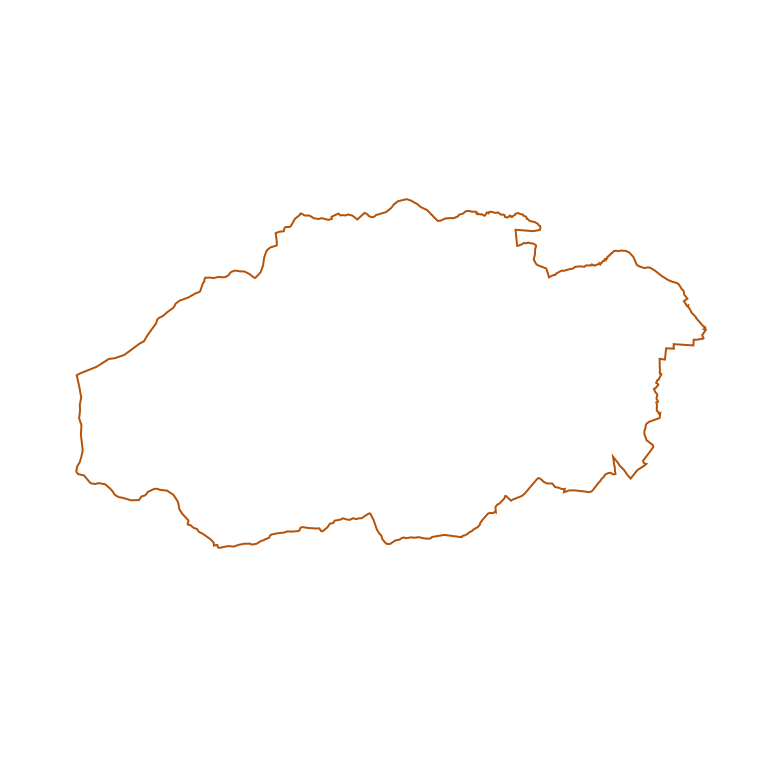 outline of Rasca, Suceava, Romania, rotated 13°
{"feature_id": "2599482B72754053923518", "entity_name": "Rasca", "entity_type": "district", "adm_level": 2, "iso_a3": "ROU", "parent_name": "Romania", "parent_adm1": "Suceava", "projection": "orthographic", "projection_center": [26.151, 47.341], "detail": "fine", "context": "isolated", "style": "outline", "palette": "amber", "viewbox_px": 768, "rotation_deg": 13, "n_neighbors": 0, "source": "geoboundaries", "source_scale": "gbopen_adm2", "svg_char_len": 6157}
<svg xmlns="http://www.w3.org/2000/svg" viewBox="0 0 768 768"><g transform="rotate(13 384 384)"><path d="M291.3,570.2L295.7,568.4L299.8,564.3L301.7,563.5L303.6,561.7L305.9,560.3L306.6,559.7L307.1,557.1L308.7,555.7L314.1,553.3L320.1,551.2L322.9,549.4L327.2,548.6L333.6,546.6L334.6,545.5L335.0,542.9L336.4,541.8L342.6,541.3L350.3,540.1L353.4,539.2L355.8,541.4L357.2,541.4L361.1,536.4L362.7,532.3L365.9,530.8L366.6,528.3L372.1,525.9L374.3,524.1L377.5,524.4L381.1,524.1L384.2,521.7L387.2,522.0L390.0,520.4L392.3,519.9L397.8,514.1L398.8,513.4L399.7,513.3L404.5,518.9L409.9,527.6L413.3,530.9L415.6,532.4L416.7,534.7L418.0,536.1L420.7,538.2L422.8,539.2L425.9,538.5L430.1,534.0L434.3,532.0L436.2,529.9L437.8,529.1L440.2,529.3L444.7,527.4L447.9,527.0L452.5,525.4L457.7,525.4L462.4,524.7L464.2,523.8L465.3,522.2L476.7,517.5L494.0,515.8L494.6,515.2L494.7,514.2L496.2,513.7L498.9,511.5L500.8,509.0L502.7,507.6L503.6,506.0L507.6,502.2L509.1,499.5L509.0,497.9L510.1,495.1L514.5,486.8L516.1,485.8L519.3,485.3L520.9,483.5L521.8,483.9L520.3,478.8L521.5,476.0L523.2,474.8L526.4,469.6L527.0,468.2L527.3,465.8L528.5,465.9L534.0,469.1L535.1,467.9L543.6,462.0L545.9,458.9L554.5,442.2L555.8,440.9L557.4,441.0L561.9,443.5L565.3,444.2L570.5,443.1L573.8,445.9L578.2,445.8L580.6,446.3L582.4,446.2L583.7,445.6L583.7,449.0L588.4,446.0L594.2,444.7L605.7,443.4L607.3,443.5L610.3,442.1L611.3,440.6L615.5,431.5L616.3,430.4L617.3,427.8L619.0,425.1L619.9,422.6L620.6,421.8L622.8,420.2L625.0,419.5L627.6,420.6L629.8,419.6L628.3,415.8L627.5,412.9L626.6,411.3L623.6,403.4L629.8,408.3L632.0,410.5L637.1,413.7L642.3,418.4L645.6,420.7L650.3,410.8L656.2,404.8L657.6,402.9L655.3,402.7L653.6,400.7L660.6,385.0L660.4,384.1L659.1,382.7L652.6,379.8L649.0,374.3L648.4,372.2L648.3,370.8L648.7,367.7L648.3,365.5L648.7,363.7L650.8,361.2L660.2,355.1L659.7,350.3L658.7,351.1L658.3,350.3L657.8,350.2L657.8,349.6L656.4,349.1L655.7,348.3L654.6,342.8L653.5,340.7L655.0,339.6L652.7,336.8L652.8,333.5L652.4,332.4L650.5,331.2L648.1,328.1L649.6,326.7L651.5,323.2L650.4,322.1L648.9,321.6L649.5,318.7L650.8,317.8L650.8,316.8L652.1,312.2L650.8,311.2L650.4,311.6L650.0,310.7L649.8,308.3L649.3,307.1L646.9,297.5L652.2,297.0L650.9,285.8L658.6,284.3L657.7,282.6L657.8,281.5L657.3,280.0L676.8,276.8L675.8,271.2L678.8,270.5L685.0,267.9L685.0,267.3L683.3,265.3L683.1,264.5L685.4,259.0L683.3,258.6L684.6,257.1L683.8,256.4L683.1,256.0L682.7,256.3L673.5,249.7L672.6,248.4L668.0,245.6L664.9,242.0L663.1,240.6L662.7,238.9L661.6,239.8L657.6,235.8L660.4,232.6L656.3,229.2L655.3,226.4L654.4,225.3L653.0,224.8L649.0,220.7L646.8,219.7L641.7,219.5L637.6,218.8L630.1,216.2L622.3,212.5L617.7,211.0L616.1,210.8L613.5,211.5L611.8,212.5L606.0,211.9L603.5,211.0L598.5,204.2L593.6,200.8L590.0,199.9L585.1,200.6L582.6,201.8L580.0,202.0L577.9,202.9L577.0,204.9L575.9,205.6L575.9,206.5L574.6,207.7L574.6,208.3L573.1,209.8L573.3,210.8L573.1,211.6L572.3,211.8L572.3,212.7L571.8,212.2L571.1,212.6L571.2,213.4L570.7,213.8L570.8,214.5L569.3,215.3L569.1,216.7L568.1,217.5L567.9,218.8L566.6,218.0L566.7,218.9L564.6,219.7L562.6,221.3L561.9,221.0L560.8,221.4L559.6,220.7L559.3,221.0L559.5,221.5L559.0,221.9L553.9,223.1L553.1,224.6L547.6,225.5L543.8,226.9L541.9,229.2L539.2,230.2L533.7,233.3L531.8,233.5L530.7,234.3L526.7,237.9L526.2,239.3L525.3,239.4L522.6,241.2L520.8,243.0L516.5,235.4L515.8,234.9L506.7,233.6L504.9,232.5L501.9,229.0L501.9,223.7L500.9,218.5L501.2,215.4L501.0,214.8L498.2,213.6L495.1,213.9L493.3,213.7L490.2,215.1L488.5,215.1L486.9,216.9L483.8,219.0L482.7,219.4L482.5,219.1L477.5,204.1L495.1,201.5L501.1,198.9L501.3,196.5L500.5,194.9L499.4,194.8L497.9,193.4L494.7,192.4L489.3,192.3L486.9,191.0L485.8,190.9L485.6,189.8L484.5,188.9L482.0,188.7L481.2,187.6L478.3,187.8L476.4,187.2L473.8,188.6L473.5,189.9L471.9,191.3L471.1,192.6L470.6,192.7L469.5,191.6L468.8,191.5L467.4,193.6L466.2,194.1L464.2,194.0L463.6,192.5L463.1,192.2L461.5,192.2L459.9,192.7L456.6,191.2L453.8,192.3L450.8,192.0L448.2,192.4L447.7,192.9L447.5,194.2L445.6,193.8L444.6,196.9L444.1,197.5L440.9,196.6L439.9,197.1L438.1,197.2L437.3,196.8L436.7,197.6L435.7,197.2L435.3,195.6L433.6,195.6L431.0,196.4L428.7,196.2L425.0,197.1L422.5,200.3L419.1,202.2L418.2,204.1L414.5,206.8L411.0,207.5L406.3,209.0L402.6,212.0L400.0,212.9L399.4,212.9L386.8,204.8L379.9,203.3L376.2,201.3L368.9,199.2L364.5,198.8L356.5,202.8L353.4,206.5L351.5,210.7L347.5,215.9L338.1,221.3L337.3,222.7L335.7,224.0L333.4,224.1L331.3,223.7L329.5,222.2L326.5,221.7L321.0,229.7L315.3,227.0L310.8,226.9L308.7,228.4L305.1,228.9L303.6,229.6L301.2,228.2L295.3,232.8L296.1,234.7L292.9,236.6L286.2,236.4L283.2,237.9L278.4,238.3L274.1,236.8L272.2,236.8L269.1,237.7L264.9,236.5L264.2,236.8L263.9,238.3L260.1,243.0L257.8,250.8L256.8,252.2L252.9,253.2L252.2,253.9L251.9,254.8L252.0,257.7L247.5,259.3L244.5,261.4L247.5,269.3L248.3,273.2L242.5,276.5L240.5,279.1L239.5,281.1L238.8,287.9L239.5,295.9L238.7,302.3L238.3,303.5L234.7,309.6L233.8,309.7L227.5,306.9L223.8,306.0L221.9,305.9L218.5,306.6L213.3,307.0L210.1,309.0L208.9,310.6L208.1,312.9L205.5,315.4L203.4,316.2L198.3,317.0L194.4,319.1L190.9,319.4L185.9,320.6L185.5,323.5L185.9,324.6L185.1,326.1L184.7,328.2L184.0,335.0L183.1,336.1L180.3,337.8L173.6,343.9L166.0,348.8L162.8,352.7L162.6,354.4L161.4,357.4L156.8,362.6L153.5,367.2L149.6,370.5L148.4,372.8L148.4,375.9L142.7,389.4L140.4,396.5L136.7,399.7L124.3,414.2L115.9,419.4L110.2,421.5L100.2,431.8L86.4,441.4L82.6,444.5L87.6,455.0L92.0,465.3L92.3,473.0L93.7,477.6L94.7,486.1L98.5,492.3L100.0,501.4L105.4,516.6L105.5,523.6L105.1,528.5L103.5,533.7L103.9,538.5L106.1,540.6L112.3,540.6L119.6,546.1L120.9,546.7L125.3,546.4L127.6,545.0L129.5,544.7L134.8,544.4L140.3,547.3L143.7,549.6L146.0,552.1L148.5,553.2L151.1,553.9L154.4,553.7L163.6,554.2L171.4,552.2L173.0,548.1L175.8,546.6L177.3,544.9L178.0,542.4L184.0,537.7L186.8,537.2L189.9,537.5L196.6,536.7L203.8,539.4L209.5,544.9L210.9,547.5L212.6,551.9L216.7,555.9L223.9,560.7L224.3,561.4L224.1,564.2L224.5,565.1L227.2,565.1L230.6,566.9L234.7,567.5L236.7,569.6L241.3,570.8L250.1,574.4L253.7,576.9L254.6,579.7L257.6,578.3L258.0,578.5L258.7,580.3L260.2,580.8L268.6,577.0L274.3,576.2L278.4,573.5L284.0,571.0L289.1,569.8L291.3,570.2Z" fill="none" stroke="#b45309" stroke-width="2"/></g></svg>